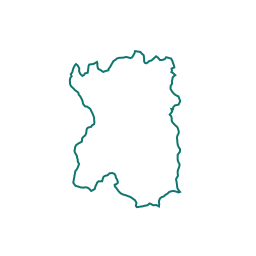 Tambaú, São Paulo, Brazil (orthographic projection), rotated 321°
{"feature_id": "56859067B22944162583516", "entity_name": "Tambaú", "entity_type": "district", "adm_level": 2, "iso_a3": "BRA", "parent_name": "Brazil", "parent_adm1": "São Paulo", "projection": "orthographic", "projection_center": [-47.241, -21.6], "detail": "fine", "context": "isolated", "style": "outline", "palette": "teal", "viewbox_px": 256, "rotation_deg": 321, "n_neighbors": 0, "source": "geoboundaries", "source_scale": "gbopen_adm2", "svg_char_len": 3153}
<svg xmlns="http://www.w3.org/2000/svg" viewBox="0 0 256 256"><g transform="rotate(321 128 128)"><path d="M117.4,50.2L116.8,52.3L114.9,52.7L113.2,53.9L111.9,55.6L110.8,57.2L110.0,59.3L110.4,62.1L110.6,65.2L111.3,67.6L111.6,69.4L110.7,71.1L110.8,73.2L110.4,75.6L109.6,78.5L108.7,80.1L108.2,81.6L108.3,84.3L109.6,85.5L110.3,88.0L110.7,89.5L110.1,91.8L109.7,93.9L109.1,96.0L108.2,98.6L107.0,100.1L105.4,102.5L104.0,103.7L101.9,103.3L100.1,103.9L98.6,103.1L96.8,102.5L95.4,102.8L93.9,104.1L92.2,105.8L90.1,106.8L87.9,106.8L86.0,107.1L84.7,108.3L83.6,109.5L81.4,109.2L79.6,108.8L76.9,108.7L74.8,109.6L73.7,110.8L72.0,112.1L71.2,114.1L71.0,115.9L70.7,117.5L69.6,119.3L69.1,120.9L67.8,122.5L67.4,125.1L65.5,126.3L63.6,127.3L61.6,128.1L60.0,128.3L51.1,136.0L50.9,137.6L50.8,139.9L52.4,142.1L53.8,144.4L56.0,146.4L57.7,147.4L58.7,148.5L59.5,150.1L59.7,151.8L59.8,153.8L61.9,154.2L63.9,154.4L65.9,152.9L68.3,151.8L69.8,151.0L71.5,150.9L72.6,151.8L74.4,153.1L76.6,151.5L78.4,150.5L80.2,150.8L82.5,151.9L85.0,151.6L87.4,153.0L88.6,155.2L88.3,157.2L87.4,158.9L86.8,162.3L85.6,164.2L83.5,164.3L82.0,163.7L81.1,165.0L81.1,167.7L80.9,171.4L81.2,174.1L82.2,176.4L83.9,178.8L85.1,180.8L86.4,183.0L86.9,184.5L87.5,186.8L88.0,188.7L87.4,191.6L85.2,193.3L85.0,195.0L86.2,195.8L88.4,197.0L90.2,198.2L92.3,199.0L94.4,200.3L97.2,200.2L98.1,201.6L98.9,203.8L101.7,205.9L102.7,208.4L104.5,206.6L105.5,204.9L106.8,203.8L108.8,202.8L110.6,202.9L112.8,203.7L115.0,203.5L117.5,203.9L119.2,203.6L121.2,204.1L123.6,205.4L124.9,207.0L125.8,208.3L126.7,209.9L128.2,210.4L128.2,208.2L128.3,206.7L129.0,204.9L130.0,203.5L131.8,200.5L133.1,198.0L135.0,197.2L136.6,196.7L138.6,193.8L139.8,192.5L141.4,191.5L143.1,190.6L144.7,189.3L145.5,187.9L145.7,186.0L146.7,183.8L148.4,181.7L149.7,180.1L151.4,179.6L153.3,179.2L155.1,177.3L155.3,174.9L156.2,172.1L157.9,169.4L159.1,167.8L159.7,166.5L161.8,164.9L164.0,164.0L165.3,162.6L166.0,160.9L166.7,159.2L166.8,157.7L166.4,155.5L166.3,153.8L166.1,151.6L166.7,149.6L168.0,148.1L169.0,146.0L168.8,143.9L170.8,143.5L172.8,142.9L173.7,140.5L174.8,141.7L176.3,140.3L178.8,140.0L180.6,141.0L182.1,141.6L183.6,140.9L185.5,140.0L186.4,137.2L187.1,135.2L186.3,133.7L185.4,131.2L185.2,129.0L185.2,127.3L185.7,124.3L187.6,122.2L190.3,121.2L191.4,119.5L193.4,117.8L194.6,116.8L196.5,116.6L198.0,116.7L197.6,113.8L196.9,111.9L198.3,111.0L199.3,109.2L202.1,110.1L203.1,108.2L203.9,105.9L204.7,103.6L205.2,101.2L203.2,98.4L202.2,97.0L200.0,97.6L197.5,96.7L195.6,95.3L195.6,92.4L195.0,90.0L188.7,90.3L186.4,89.3L185.0,89.5L183.0,89.3L182.1,87.9L182.5,86.3L183.8,84.7L185.0,83.0L186.0,81.2L185.5,79.0L185.5,76.8L181.9,72.7L179.9,74.1L177.4,75.1L175.5,75.7L173.7,75.0L172.6,73.3L171.2,71.6L168.9,70.5L167.4,69.5L165.6,68.1L163.5,67.1L161.4,67.1L158.5,66.9L156.6,67.7L154.9,68.3L152.4,69.4L150.2,69.8L149.1,70.8L146.6,69.7L144.0,68.8L143.1,65.5L142.1,63.6L142.5,61.9L143.8,59.7L144.9,58.5L145.4,57.1L143.6,56.9L141.7,56.6L137.8,54.3L136.4,55.0L133.5,57.8L131.4,59.7L129.1,58.5L127.1,59.1L125.3,58.8L125.0,55.7L125.7,53.1L127.7,50.9L128.2,47.6L127.8,45.6L126.3,45.8L124.1,46.7L122.3,47.7L120.0,49.5L117.4,50.2Z" fill="none" stroke="#0f766e" stroke-width="2"/></g></svg>